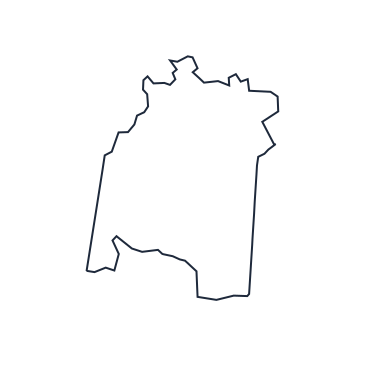 outline of Darlington, South Carolina, United States of America, rotated 311°
{"feature_id": "52423323B78464360666079", "entity_name": "Darlington", "entity_type": "district", "adm_level": 2, "iso_a3": "USA", "parent_name": "United States of America", "parent_adm1": "South Carolina", "projection": "albers", "projection_center": [-79.93, 34.31], "detail": "fine", "context": "isolated", "style": "outline", "palette": "slate", "viewbox_px": 384, "rotation_deg": 311, "n_neighbors": 0, "source": "geoboundaries", "source_scale": "gbopen_adm2", "svg_char_len": 1024}
<svg xmlns="http://www.w3.org/2000/svg" viewBox="0 0 384 384"><g transform="rotate(311 192 192)"><path d="M63.8,163.9L63.8,164.9L67.6,171.0L78.3,176.5L81.8,184.9L97.2,177.4L103.3,163.8L109.1,164.0L109.9,183.7L114.1,193.6L126.0,204.3L125.8,210.2L126.3,211.3L130.9,219.6L133.1,227.0L135.6,231.8L135.1,247.4L116.5,265.0L126.6,281.2L141.2,291.5L149.7,302.0L152.5,302.0L191.6,272.1L196.7,268.1L216.1,253.3L225.7,245.8L247.2,229.4L254.7,223.6L262.0,218.9L268.4,221.6L274.1,221.8L283.0,223.7L281.8,222.7L291.1,199.0L309.4,204.2L320.2,194.0L319.2,185.6L305.9,168.7L313.7,160.0L307.3,156.4L309.7,147.8L302.3,144.8L296.8,150.2L292.8,138.9L282.4,129.3L282.7,122.5L282.9,114.0L289.0,115.0L294.0,104.1L291.6,99.8L280.7,95.5L276.9,89.2L274.4,100.1L269.2,99.3L266.1,105.5L258.4,105.1L256.2,99.6L248.7,91.7L250.1,82.6L244.5,82.0L237.1,87.9L236.4,94.0L227.8,102.7L220.9,103.6L213.6,100.4L205.2,104.2L195.2,104.4L188.8,97.5L169.8,105.0L162.4,102.1L150.1,109.9L118.5,129.7L63.8,163.9Z" fill="none" stroke="#1e293b" stroke-width="2"/></g></svg>